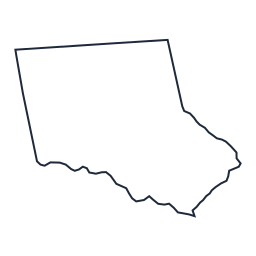 Coxixola, Paraíba, Brazil
{"feature_id": "56859067B62498871364727", "entity_name": "Coxixola", "entity_type": "district", "adm_level": 2, "iso_a3": "BRA", "parent_name": "Brazil", "parent_adm1": "Paraíba", "projection": "mercator", "projection_center": [-36.609, -7.651], "detail": "fine", "context": "isolated", "style": "outline", "palette": "slate", "viewbox_px": 256, "rotation_deg": 0, "n_neighbors": 0, "source": "geoboundaries", "source_scale": "gbopen_adm2", "svg_char_len": 946}
<svg xmlns="http://www.w3.org/2000/svg" viewBox="0 0 256 256"><path d="M182.3,106.4L167.6,39.9L116.8,43.1L15.4,49.7L16.2,54.8L22.9,93.3L37.0,161.3L40.5,164.6L44.6,165.7L50.4,162.4L59.7,162.6L65.8,164.6L71.2,169.1L74.8,170.8L79.1,169.4L82.8,166.7L86.8,168.2L89.3,172.5L95.9,173.7L101.6,172.3L106.0,172.1L110.6,175.8L113.7,180.1L116.3,183.8L121.7,186.2L126.2,188.2L129.2,193.7L132.1,198.3L136.2,201.4L144.0,200.0L149.2,196.2L153.1,199.7L158.2,203.8L164.4,204.6L169.1,203.7L173.8,207.8L177.9,212.4L183.6,213.4L189.0,214.4L194.5,216.1L192.6,210.4L196.5,207.0L200.1,202.6L203.1,200.1L206.2,196.1L209.8,193.4L211.8,190.3L215.7,187.0L221.2,183.3L226.5,180.8L228.2,176.4L229.2,170.7L234.3,168.6L238.8,166.7L240.6,163.4L236.6,158.4L236.5,152.5L230.8,146.2L225.9,141.6L222.0,139.6L216.8,138.3L213.0,135.4L208.7,132.3L204.9,127.8L199.7,124.7L196.5,121.4L194.1,117.9L190.0,113.5L184.2,111.0L182.3,106.4Z" fill="none" stroke="#1e293b" stroke-width="2"/></svg>